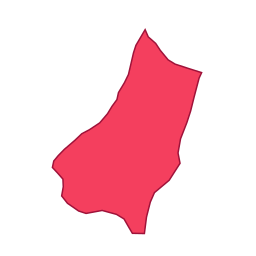 Psyllatos, Cyprus (Mercator projection), rotated 18°
{"feature_id": "46923920B47767845876682", "entity_name": "Psyllatos", "entity_type": "district", "adm_level": 2, "iso_a3": "CYP", "parent_name": "Cyprus", "parent_adm1": "", "projection": "mercator", "projection_center": [33.687, 35.249], "detail": "fine", "context": "isolated", "style": "filled", "palette": "rose", "viewbox_px": 256, "rotation_deg": 18, "n_neighbors": 0, "source": "geoboundaries", "source_scale": "gbopen_adm2", "svg_char_len": 739}
<svg xmlns="http://www.w3.org/2000/svg" viewBox="0 0 256 256"><g transform="rotate(18 128 128)"><path d="M180.9,52.6L167.9,52.7L153.0,52.7L145.1,50.8L134.7,44.2L128.2,39.0L119.1,35.1L113.9,29.2L110.0,46.9L110.0,54.7L111.3,69.8L111.9,77.0L110.6,86.1L108.0,97.2L108.7,104.4L106.1,112.3L104.1,120.8L99.5,131.9L91.7,141.7L85.9,147.6L81.3,156.1L74.1,167.9L70.2,175.8L67.6,182.3L68.3,188.9L74.1,192.1L81.9,196.7L84.6,203.9L85.9,213.1L93.7,218.3L106.7,222.2L114.5,222.2L128.9,214.4L143.8,213.7L152.3,215.7L159.5,222.2L164.7,226.8L176.2,223.3L173.1,206.9L172.1,191.6L173.1,181.3L183.3,165.0L188.4,145.5L183.3,136.3L181.3,122.0L182.3,104.6L182.3,92.4L181.3,78.1L180.2,58.6L180.9,52.6Z" fill="#f43f5e" stroke="#9f1239" stroke-width="1.5"/></g></svg>